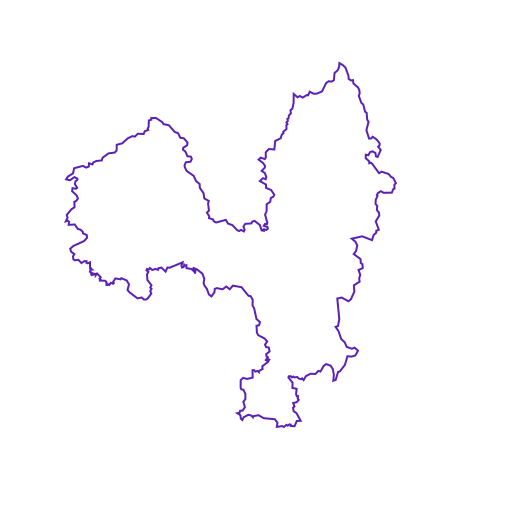 the district of Myitkyina, Kachin, Myanmar, rotated 334°
{"feature_id": "60261553B87045265182451", "entity_name": "Myitkyina", "entity_type": "district", "adm_level": 2, "iso_a3": "MMR", "parent_name": "Myanmar", "parent_adm1": "Kachin", "projection": "albers", "projection_center": [97.226, 25.827], "detail": "fine", "context": "isolated", "style": "outline", "palette": "violet", "viewbox_px": 512, "rotation_deg": 334, "n_neighbors": 0, "source": "geoboundaries", "source_scale": "gbopen_adm2", "svg_char_len": 6133}
<svg xmlns="http://www.w3.org/2000/svg" viewBox="0 0 512 512"><g transform="rotate(334 256 256)"><path d="M273.3,402.3L278.9,396.2L280.7,396.5L288.1,392.9L294.3,386.2L298.0,388.4L301.8,388.9L306.2,385.8L304.4,381.6L301.5,381.4L297.7,377.5L297.9,372.4L296.2,368.1L297.2,359.8L296.5,354.6L299.0,354.9L303.2,349.2L310.4,329.9L314.8,330.9L319.2,337.2L322.3,336.5L328.8,331.1L331.1,325.3L337.9,324.5L338.9,321.4L341.5,318.5L342.0,313.5L346.6,313.7L348.1,310.1L347.1,308.2L348.6,304.6L344.7,297.1L348.1,295.4L351.7,290.8L351.6,286.8L349.7,282.4L360.1,284.9L367.2,292.6L370.9,288.7L374.2,287.8L375.1,286.1L377.9,286.2L378.8,277.4L384.5,273.7L385.5,271.1L384.8,267.6L386.9,264.2L386.3,261.5L388.3,257.9L391.6,255.3L391.3,254.2L393.1,252.9L396.6,252.5L398.5,255.2L405.9,258.6L408.8,256.0L410.0,256.2L411.6,252.6L413.7,251.8L413.5,245.8L412.1,244.3L411.1,240.4L405.9,235.3L402.9,235.5L400.9,224.3L400.1,222.4L398.5,222.3L399.2,220.4L397.5,216.2L399.1,213.1L401.2,214.7L404.1,212.6L406.7,213.1L408.5,215.8L407.5,219.0L408.7,220.3L414.6,215.4L413.7,211.3L415.5,210.8L416.5,209.0L415.5,204.1L413.2,200.0L411.1,200.9L409.1,200.0L410.4,191.3L416.0,184.7L415.7,182.2L418.2,175.9L417.3,174.1L418.8,166.8L417.8,164.4L418.6,157.1L420.5,155.3L421.6,152.0L421.6,149.3L419.2,143.7L420.2,140.4L418.4,139.9L416.9,137.5L418.1,134.6L419.0,125.8L417.6,122.3L415.5,119.2L413.7,122.4L410.6,125.0L406.9,125.9L403.0,132.2L400.4,132.4L398.0,130.8L394.8,131.3L387.5,137.0L382.1,136.8L378.9,135.4L376.3,131.9L373.2,134.4L372.2,133.6L367.4,134.1L365.6,131.4L363.0,131.6L360.9,126.9L356.9,134.9L353.3,139.5L350.9,140.1L349.8,143.2L347.2,144.1L345.4,146.7L344.3,146.6L343.9,148.5L341.9,149.3L342.1,151.3L340.7,151.7L339.0,155.3L334.9,156.3L334.5,157.7L332.5,158.1L329.8,161.0L323.7,161.0L319.2,168.3L314.4,165.5L310.2,167.1L307.9,171.9L306.4,172.7L303.3,169.7L300.6,170.5L303.1,175.5L303.6,178.9L302.7,180.4L298.4,182.0L300.3,185.3L299.9,189.4L298.4,191.2L296.3,189.1L292.3,190.4L296.3,196.1L294.9,199.2L298.5,203.3L299.3,208.9L297.6,210.3L294.7,210.4L292.5,213.6L288.3,214.1L285.3,220.2L282.3,222.8L280.7,231.2L279.7,232.2L278.3,231.1L276.2,232.3L279.0,235.0L278.6,236.7L276.6,237.1L274.9,235.4L273.9,235.5L273.9,236.6L272.3,235.5L273.0,229.7L270.1,223.8L267.7,223.4L266.1,224.7L260.5,222.4L257.6,224.0L257.2,227.6L255.8,228.6L254.0,225.9L251.9,226.2L250.5,224.8L248.3,217.9L245.0,214.5L244.7,210.3L234.8,208.4L233.2,206.2L233.5,204.4L230.4,201.4L231.4,199.8L230.9,195.5L233.6,194.6L235.9,187.9L237.7,185.8L234.8,181.6L236.4,176.5L235.4,170.3L236.9,166.5L235.0,162.5L235.1,156.6L231.0,149.2L230.9,145.4L231.5,143.2L234.0,141.0L238.4,142.6L240.9,140.6L241.0,138.1L238.1,136.3L238.3,131.1L236.9,128.4L238.1,126.8L242.6,126.3L244.2,124.0L242.7,118.5L239.8,116.6L239.8,111.5L237.3,108.8L235.0,100.3L230.6,96.8L230.5,94.7L226.6,88.1L222.3,86.1L221.7,87.6L219.1,87.2L216.1,92.9L214.5,93.9L214.4,95.5L210.8,95.1L208.5,97.1L203.4,94.3L199.4,95.6L197.5,94.1L192.4,94.0L185.1,96.1L179.6,95.0L177.0,100.0L174.3,101.1L168.4,99.1L161.2,100.4L159.3,102.5L154.1,100.6L150.7,100.6L149.2,102.0L146.5,99.5L145.0,102.3L142.1,102.1L139.9,99.1L131.0,97.4L127.8,101.5L121.6,102.2L118.9,103.9L122.0,106.4L127.4,105.5L129.3,108.0L129.0,109.2L126.5,109.7L124.7,111.9L125.2,116.3L123.7,116.6L120.8,114.6L119.1,117.2L121.3,122.7L121.1,126.3L118.3,127.8L116.5,127.6L114.3,132.6L110.5,133.1L103.8,136.2L103.5,138.8L100.3,141.5L102.3,141.7L103.0,143.3L101.3,145.9L106.9,148.2L107.7,153.6L109.7,155.3L110.9,158.1L110.4,159.8L113.1,163.0L112.2,165.5L108.1,167.2L96.3,166.9L92.2,168.0L91.7,171.1L93.6,174.7L91.4,176.0L90.4,179.0L91.2,180.4L94.7,181.6L96.0,185.8L99.6,185.4L101.4,186.4L100.6,187.7L101.5,188.8L104.0,188.9L101.5,194.4L103.0,195.2L101.9,195.2L102.6,196.3L101.4,195.9L99.8,197.3L100.5,198.3L99.9,200.6L100.8,200.9L101.0,199.1L102.0,201.0L103.5,200.7L101.9,201.5L104.1,201.9L103.5,203.1L105.5,202.1L107.1,207.1L105.4,207.8L105.9,208.9L105.0,209.7L109.4,212.0L110.2,213.6L108.9,216.4L109.8,216.9L110.2,215.9L111.5,217.7L113.7,216.4L115.4,218.3L116.3,218.0L116.0,216.8L119.8,214.5L124.0,217.6L125.2,216.9L129.1,221.4L129.4,225.8L125.6,230.3L126.5,233.4L130.9,242.1L135.1,243.2L136.2,246.0L137.7,246.8L139.9,246.8L145.5,243.8L145.5,241.2L147.7,239.8L147.1,238.1L149.2,236.5L147.9,229.9L150.0,224.7L152.3,223.1L151.3,220.8L152.5,219.9L153.8,221.1L155.4,220.3L156.6,223.1L159.9,223.5L161.9,225.5L163.0,224.2L165.9,224.9L167.9,230.4L171.4,227.5L173.2,228.7L187.2,229.5L184.7,232.0L184.5,234.0L186.0,234.2L187.7,232.3L188.2,233.7L189.4,233.8L188.2,236.5L192.2,239.3L193.9,243.5L193.5,245.1L195.6,241.9L194.0,239.8L194.6,239.4L197.3,242.5L200.1,248.5L199.5,254.0L197.0,257.4L196.7,260.1L197.5,264.0L196.8,269.8L198.2,272.8L202.7,270.4L204.5,267.5L206.7,267.7L211.4,271.3L215.9,270.4L217.8,274.4L222.2,272.5L229.3,277.7L231.8,288.5L233.5,289.6L233.9,293.8L231.2,299.0L231.4,302.2L228.8,312.9L230.6,317.1L228.4,319.6L225.9,318.9L223.2,325.3L223.3,328.2L227.5,333.8L228.6,337.7L225.2,339.7L225.2,342.4L227.4,343.9L226.4,347.7L222.1,348.7L221.4,350.8L222.3,352.2L219.2,353.8L220.0,355.1L220.9,355.2L221.2,353.7L222.5,354.9L220.4,356.4L213.3,357.9L212.4,360.4L208.1,360.7L207.6,361.6L207.0,360.0L204.7,359.6L204.2,357.6L202.8,357.1L199.7,363.8L194.1,362.6L191.0,359.9L187.8,360.9L184.4,367.8L184.4,369.5L186.0,370.6L186.1,375.1L183.7,380.0L180.7,381.5L179.8,387.0L176.2,389.1L173.9,388.1L172.7,389.6L170.3,389.1L172.2,392.2L171.1,395.5L171.8,397.4L174.3,395.5L179.5,395.4L181.9,397.4L182.5,399.5L183.1,398.7L188.5,400.2L191.8,405.1L201.4,411.0L202.2,415.3L199.8,418.7L205.0,420.4L206.2,421.9L209.4,421.1L210.2,422.4L212.4,422.0L213.3,422.8L212.7,423.9L216.0,425.9L220.3,422.2L223.9,423.7L223.5,415.0L221.8,412.0L222.8,408.6L224.6,408.1L225.0,404.4L228.4,405.2L231.3,404.1L231.0,402.5L232.3,400.4L231.3,400.0L231.4,397.8L234.3,393.2L230.9,390.5L233.3,386.0L231.9,379.4L232.7,378.5L234.6,379.3L234.8,380.7L236.3,380.9L236.2,380.1L237.7,382.2L239.9,382.7L240.8,384.9L242.7,386.6L243.8,386.2L244.4,388.4L248.1,385.9L253.2,385.7L257.8,388.1L261.6,386.6L263.3,388.1L268.8,384.4L271.6,383.9L275.0,387.3L275.5,391.5L273.8,397.1L270.8,402.0L273.3,402.3Z" fill="none" stroke="#5b21b6" stroke-width="2"/></g></svg>